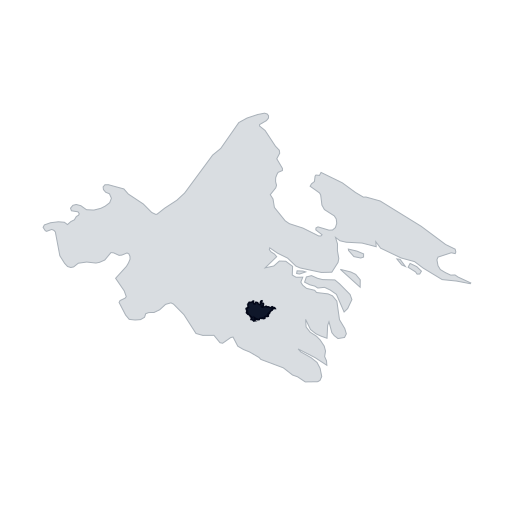 location of Narail, Khulna, Bangladesh, rotated 308°
{"feature_id": "16705992B56503274196630", "entity_name": "Narail", "entity_type": "district", "adm_level": 2, "iso_a3": "BGD", "parent_name": "Bangladesh", "parent_adm1": "Khulna", "projection": "robinson", "projection_center": [89.616, 23.132], "detail": "fine", "context": "in_parent", "style": "filled", "palette": "ink", "viewbox_px": 512, "rotation_deg": 308, "n_neighbors": 0, "source": "geoboundaries", "source_scale": "gbopen_adm2", "svg_char_len": 8167}
<svg xmlns="http://www.w3.org/2000/svg" viewBox="0 0 512 512"><g transform="rotate(308 256 256)"><path d="M184.7,358.1L184.7,346.4L177.5,323.5L177.9,320.9L176.4,309.9L174.6,303.7L173.7,297.2L178.0,287.8L176.2,286.3L166.7,283.4L165.5,281.0L167.6,271.7L160.7,263.0L158.0,256.4L165.4,235.3L167.3,220.6L166.7,217.8L162.2,214.5L154.3,213.2L148.7,210.4L145.4,206.3L142.6,204.6L139.1,205.9L134.8,204.2L131.1,200.1L128.0,195.1L129.2,189.6L135.1,176.7L137.2,176.3L142.2,178.8L144.1,178.8L147.4,173.6L152.0,159.1L168.1,160.3L172.0,159.8L176.0,158.7L178.2,156.8L179.4,154.5L179.0,152.5L174.1,149.7L172.2,147.7L170.8,141.8L169.4,139.6L159.7,139.3L154.7,136.6L151.9,134.2L147.0,126.3L140.9,120.4L135.1,119.0L132.9,117.1L131.7,114.0L132.4,109.7L135.4,101.3L151.4,83.1L151.8,81.1L151.2,78.7L146.5,75.8L146.2,74.4L147.5,70.6L150.2,70.1L155.7,73.6L161.3,79.2L164.6,84.2L164.7,88.1L169.1,88.9L172.7,90.6L176.5,90.1L178.9,91.1L180.5,90.7L181.2,88.5L178.0,82.7L179.5,80.4L183.2,80.5L185.9,82.6L187.8,87.0L188.1,93.9L192.4,100.0L198.1,104.4L202.5,106.5L207.9,107.9L212.5,106.5L214.8,102.2L213.7,98.3L214.4,94.9L216.3,93.0L219.1,93.1L221.3,95.8L227.5,110.6L226.2,117.2L227.6,135.1L226.1,147.0L227.1,151.5L228.1,152.3L237.5,154.6L251.2,159.3L261.6,161.0L308.8,159.7L319.1,162.0L350.6,160.3L359.2,164.0L368.5,170.2L373.8,174.8L374.8,177.4L374.2,179.6L372.4,180.9L369.2,180.9L361.8,177.9L360.6,178.8L360.5,185.9L354.5,203.7L353.7,209.2L351.6,211.4L345.4,212.5L341.3,222.9L339.6,224.2L335.5,221.9L333.0,222.3L329.8,223.3L326.6,225.7L324.4,228.6L321.9,229.6L313.1,229.5L311.4,234.3L305.6,240.6L301.7,257.3L302.0,262.4L306.9,275.8L310.4,293.1L311.7,294.8L313.4,295.0L313.4,287.1L315.0,286.0L317.1,286.9L321.3,297.6L323.6,300.3L327.3,301.1L331.5,299.5L334.6,296.4L335.8,293.0L334.7,281.3L336.7,276.6L343.8,269.5L344.8,267.3L344.3,255.7L347.0,255.3L350.7,256.2L355.3,253.4L356.7,253.4L358.6,256.4L361.9,255.8L366.8,279.0L367.3,295.3L368.5,304.4L370.2,306.4L375.8,320.0L381.1,367.9L381.8,398.4L384.0,408.7L382.2,411.0L380.5,411.5L378.8,407.9L367.2,400.1L364.4,400.9L360.4,405.4L358.8,409.6L359.5,415.4L360.8,421.2L363.6,424.5L363.8,428.1L367.0,441.8L366.1,441.9L359.7,429.4L352.0,417.2L349.4,395.2L349.2,384.4L343.8,371.6L338.9,349.4L341.0,341.6L337.3,345.0L331.5,331.6L322.4,318.6L319.7,312.8L319.6,307.2L315.7,312.8L310.4,316.8L305.0,322.8L301.4,324.6L289.9,325.7L283.3,317.7L273.8,298.2L272.6,293.7L273.8,282.2L271.5,271.3L270.9,261.8L269.2,262.6L268.5,265.3L268.9,269.3L268.2,272.7L252.3,270.5L259.1,276.2L266.4,277.5L270.2,282.7L270.4,291.2L263.3,296.3L263.9,300.6L268.1,305.9L263.0,307.4L261.7,310.8L261.6,315.8L265.1,323.3L264.5,326.2L270.5,336.1L271.7,340.8L270.2,347.5L257.2,361.0L253.5,370.6L250.3,375.1L246.3,375.9L241.4,371.4L241.4,366.7L242.3,363.0L249.1,354.0L245.4,355.2L234.9,362.6L232.9,356.6L231.6,351.1L231.6,344.3L236.6,334.1L230.9,339.2L229.3,345.5L230.0,353.0L229.3,358.3L227.0,365.2L223.9,369.3L219.0,372.0L216.8,376.1L213.5,379.1L212.3,365.2L208.7,346.4L208.0,350.4L209.8,362.1L209.7,369.6L207.0,375.6L201.5,382.0L197.4,383.0L194.9,382.0L187.1,372.3L186.4,363.1L184.7,358.1ZM280.7,358.4L271.0,360.6L266.1,359.9L275.3,343.0L274.9,335.5L273.5,329.3L268.8,324.4L268.5,320.9L266.4,316.0L265.3,310.4L270.5,308.6L274.7,311.8L276.3,318.2L278.4,323.0L285.7,332.9L285.5,339.0L283.6,353.8L280.7,358.4ZM301.4,352.8L295.5,357.3L297.4,330.7L301.8,340.6L302.9,345.9L301.4,352.8ZM323.9,339.5L321.4,341.4L318.9,339.8L315.8,333.5L317.3,325.6L318.3,324.5L322.0,332.5L323.9,339.5ZM345.9,395.7L342.6,396.1L340.9,394.1L341.7,391.5L340.8,382.8L345.0,382.0L346.6,389.2L345.9,395.7ZM342.1,371.6L339.7,380.2L338.7,376.3L340.4,368.8L342.1,371.6ZM273.0,302.2L274.0,304.9L268.6,301.4L267.2,298.8L269.6,297.5L273.0,302.2Z" fill="#d9dde1" stroke="#a8b0b8" stroke-width="1"/><path d="M226.4,303.6L226.5,303.3L226.7,302.7L226.7,302.4L226.6,302.1L226.4,301.6L226.0,301.3L225.9,301.1L226.0,300.5L226.0,300.4L226.1,300.2L226.0,299.9L225.6,299.7L224.6,299.5L224.2,299.3L223.9,298.8L223.8,297.7L223.6,297.1L223.4,296.7L223.2,296.5L222.6,296.5L222.5,296.4L222.4,296.2L222.4,295.9L222.6,295.6L222.8,295.2L222.6,294.9L222.4,294.7L221.0,294.0L220.7,293.8L220.3,293.4L220.0,293.1L219.8,292.9L219.5,292.6L219.3,292.1L219.3,291.9L219.3,291.6L219.4,291.3L219.5,291.3L219.7,291.2L220.0,291.3L220.5,291.6L220.6,291.8L220.7,292.3L220.8,292.4L221.0,292.5L221.5,292.3L222.4,291.7L222.9,291.5L223.0,291.2L223.1,290.8L223.1,290.6L222.9,290.3L222.5,289.8L222.5,289.6L222.5,289.4L222.6,289.0L222.7,288.8L222.9,288.7L224.2,288.5L224.3,288.5L224.3,288.4L224.4,288.2L224.1,287.9L223.8,287.7L223.4,287.8L223.0,287.7L222.6,287.8L222.2,288.0L221.5,288.4L220.9,288.9L220.7,289.1L220.7,289.3L220.4,289.4L220.2,289.3L220.0,289.0L219.7,288.3L219.6,288.0L219.7,287.3L219.7,287.1L219.9,286.6L220.1,286.3L219.9,286.2L220.0,285.9L220.1,285.6L220.0,285.2L219.3,284.2L219.1,284.1L218.8,284.1L218.7,284.0L218.8,284.1L218.5,284.2L218.3,284.3L217.9,284.7L217.6,284.8L217.4,284.8L217.1,284.5L217.0,283.8L217.1,283.4L217.3,283.0L217.9,282.2L218.4,282.0L218.8,282.0L219.0,281.9L218.9,281.6L218.4,281.3L218.1,281.2L217.6,281.1L217.1,281.2L216.9,281.1L216.6,281.0L216.4,280.7L216.2,280.2L215.5,279.7L215.5,279.2L215.4,279.1L214.8,279.2L214.7,279.2L214.4,279.1L214.2,279.1L213.6,279.3L213.4,279.3L213.0,279.2L213.0,279.4L213.0,279.7L212.8,280.0L212.2,280.1L211.6,280.3L211.5,280.8L211.4,280.9L211.2,281.1L211.2,281.5L211.0,281.8L210.8,281.9L210.7,281.8L210.6,281.7L210.5,281.4L210.4,281.4L210.1,281.2L210.0,281.3L209.9,281.3L209.6,280.9L209.3,280.8L209.1,280.7L209.0,280.8L208.9,280.7L208.6,280.5L208.4,280.7L208.4,280.8L208.5,281.2L208.6,281.5L208.4,281.5L208.1,281.3L207.9,281.4L207.8,281.5L207.7,281.5L207.7,281.8L207.6,282.1L207.6,282.6L207.4,282.6L207.4,282.8L207.2,282.8L207.2,283.3L206.8,283.2L206.7,283.2L206.4,283.0L206.1,283.2L205.9,283.1L205.6,283.2L205.5,283.3L205.4,283.6L205.5,284.0L205.6,284.4L206.0,284.8L205.9,284.9L205.7,284.8L205.6,285.0L205.4,285.0L205.3,284.9L205.3,285.0L205.2,284.9L205.1,285.0L205.1,285.3L205.3,285.3L205.3,285.5L205.4,285.8L205.3,285.7L205.2,285.7L205.4,286.4L205.4,286.7L205.4,286.8L205.3,287.1L205.3,287.5L205.4,287.8L205.4,288.0L205.2,288.2L205.2,288.5L205.1,288.8L205.1,289.0L204.8,289.0L204.9,289.3L204.9,289.2L205.0,289.2L204.9,289.4L205.0,289.5L204.9,289.6L204.7,289.6L204.6,289.9L205.3,290.4L205.2,290.8L204.9,290.8L204.6,290.7L204.4,290.7L204.4,290.8L204.2,290.8L204.1,290.6L203.9,290.6L203.7,290.5L203.8,290.6L203.7,290.7L203.5,290.8L203.4,290.8L203.2,290.9L203.1,291.0L202.9,291.1L203.2,291.5L203.2,291.8L203.4,292.1L203.4,292.4L203.5,292.7L203.6,292.9L203.5,293.1L203.3,294.2L203.3,294.3L203.9,294.7L204.1,294.9L204.0,294.5L204.1,294.4L204.3,294.3L204.7,294.5L204.9,294.4L205.1,294.5L205.1,294.2L205.5,293.8L205.6,293.6L205.9,293.1L206.0,293.0L206.1,292.9L206.3,292.6L206.5,292.4L206.5,292.6L206.5,293.1L206.6,293.9L206.5,294.3L206.4,294.5L206.4,295.1L206.7,295.2L207.0,295.3L207.0,295.5L206.6,295.5L206.5,295.9L206.6,296.3L206.9,296.6L207.2,296.3L207.3,296.9L207.3,297.0L207.4,297.3L207.5,297.4L207.6,297.6L207.9,297.7L208.0,297.7L208.3,297.5L208.7,297.5L209.1,297.4L209.7,297.7L210.0,298.1L210.2,298.8L210.9,299.0L210.8,299.3L211.2,299.3L211.3,299.4L211.2,299.6L211.4,299.7L211.4,300.0L211.5,299.9L211.6,300.0L211.7,300.3L211.7,300.7L211.7,300.8L212.1,301.0L212.3,301.3L212.6,301.3L212.9,301.0L213.0,300.8L213.2,300.5L213.4,300.3L213.5,300.4L213.7,300.5L213.9,300.5L214.2,300.6L214.5,300.8L214.4,301.1L214.7,301.4L214.9,301.6L215.2,302.0L215.3,302.2L215.6,302.5L215.9,302.7L216.1,302.1L216.3,302.1L216.5,301.7L216.6,301.9L216.7,302.2L216.7,302.3L216.8,302.3L217.1,302.1L217.3,302.1L217.5,302.0L217.6,301.9L217.8,301.9L218.0,301.8L218.1,301.6L218.1,301.4L218.0,301.2L217.9,301.1L218.0,301.0L218.1,300.9L218.4,301.1L218.8,301.3L219.0,301.2L219.1,301.3L219.3,301.6L219.4,301.9L219.5,301.9L219.8,301.8L219.8,301.4L220.2,301.3L220.9,301.4L221.3,301.6L222.0,301.5L222.4,301.7L222.7,301.5L222.8,301.5L223.2,302.1L223.3,302.1L223.9,302.0L224.2,302.1L224.3,301.8L224.4,301.4L224.7,301.1L224.8,301.0L225.1,300.9L225.4,300.9L225.6,300.9L225.7,301.0L225.5,301.4L225.4,301.6L225.6,302.2L226.0,302.6L226.1,302.8L226.1,303.2L226.1,303.3L226.4,303.6Z" fill="#0f172a" stroke="#020617" stroke-width="1.5"/></g></svg>